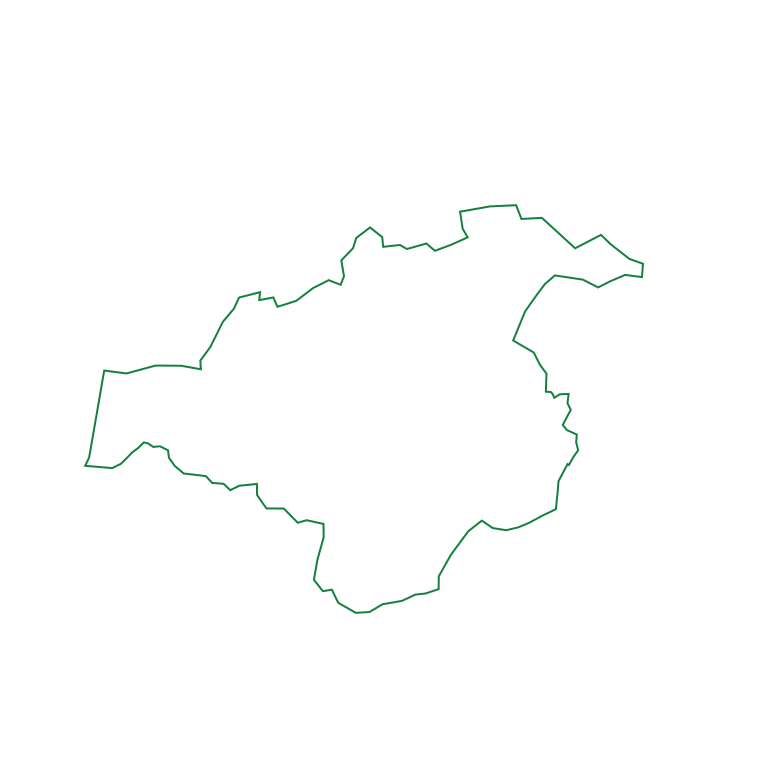 outline of Agridia, Limassol, Cyprus, rotated 224°
{"feature_id": "46923920B23740092074441", "entity_name": "Agridia", "entity_type": "district", "adm_level": 2, "iso_a3": "CYP", "parent_name": "Cyprus", "parent_adm1": "Limassol", "projection": "orthographic", "projection_center": [32.995, 34.928], "detail": "fine", "context": "isolated", "style": "outline", "palette": "green", "viewbox_px": 768, "rotation_deg": 224, "n_neighbors": 0, "source": "geoboundaries", "source_scale": "gbopen_adm2", "svg_char_len": 1738}
<svg xmlns="http://www.w3.org/2000/svg" viewBox="0 0 768 768"><g transform="rotate(224 384 384)"><path d="M542.1,117.6L521.1,134.7L517.8,143.8L517.6,153.6L517.6,160.2L516.4,167.1L516.2,175.2L512.5,177.3L506.2,178.5L501.9,183.6L493.3,186.3L487.5,181.6L477.7,179.7L465.9,180.5L448.2,194.0L438.8,193.5L430.1,200.8L420.9,200.8L417.4,210.3L406.0,223.8L398.2,216.0L382.1,212.8L369.6,224.8L349.7,224.3L345.0,232.3L330.3,241.3L320.9,231.8L309.9,211.5L298.5,194.5L284.1,192.5L278.6,199.8L264.9,194.8L245.3,199.8L236.1,209.8L232.1,224.5L220.4,240.5L215.2,254.2L208.7,262.0L202.3,274.2L202.2,274.4L211.0,283.7L217.3,308.0L221.1,336.8L218.7,353.7L205.7,355.9L194.5,363.7L187.8,374.2L183.1,385.2L178.6,399.4L173.4,413.4L183.1,425.7L191.0,435.4L196.3,453.9L194.7,454.2L197.1,463.3L198.3,471.2L205.2,475.5L210.2,481.6L220.3,477.9L227.0,478.7L231.7,495.2L238.6,497.6L244.3,505.1L250.4,498.7L251.9,492.4L255.9,494.0L258.5,494.1L262.2,490.9L274.3,504.3L285.3,506.2L298.1,510.7L321.3,505.0L332.9,534.1L336.0,554.1L337.7,567.7L336.5,580.8L313.5,597.2L297.1,602.2L292.6,615.1L286.4,629.9L272.7,640.1L274.2,641.9L281.2,650.4L294.5,644.4L318.0,642.0L331.5,642.0L340.8,614.4L385.8,613.2L399.8,598.2L413.1,604.4L421.0,596.1L431.2,585.3L441.4,571.2L449.0,560.8L435.2,550.3L425.7,547.6L432.8,530.0L439.9,515.2L451.1,514.5L461.3,497.0L469.1,495.1L479.9,482.1L487.3,488.4L502.8,486.9L505.4,469.8L500.6,460.1L500.6,443.3L487.6,433.7L484.1,425.2L495.9,420.3L501.7,403.5L504.9,382.9L514.3,365.5L523.7,369.4L532.0,357.7L537.0,363.9L548.3,345.5L544.3,334.1L543.1,316.7L538.1,301.0L534.6,289.8L532.4,273.3L526.0,267.4L542.6,256.2L561.1,238.6L576.5,212.8L585.7,205.9L594.6,199.3L556.5,143.2L545.0,126.2L542.1,117.6Z" fill="none" stroke="#15803d" stroke-width="2"/></g></svg>